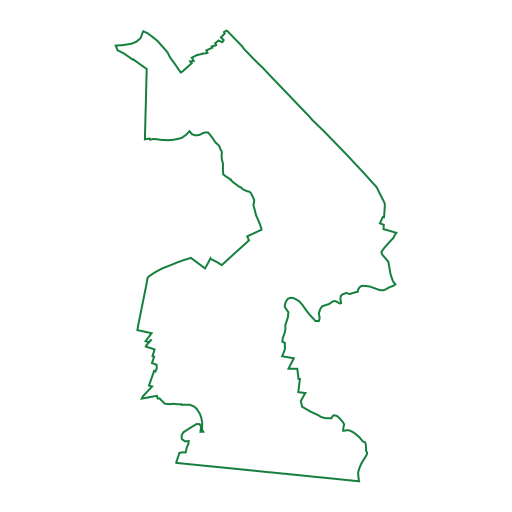 Tuxtilla, Veracruz, Mexico
{"feature_id": "50627088B40766797013882", "entity_name": "Tuxtilla", "entity_type": "district", "adm_level": 2, "iso_a3": "MEX", "parent_name": "Mexico", "parent_adm1": "Veracruz", "projection": "orthographic", "projection_center": [-95.881, 18.191], "detail": "fine", "context": "isolated", "style": "outline", "palette": "green", "viewbox_px": 512, "rotation_deg": 0, "n_neighbors": 0, "source": "geoboundaries", "source_scale": "gbopen_adm2", "svg_char_len": 5529}
<svg xmlns="http://www.w3.org/2000/svg" viewBox="0 0 512 512"><path d="M359.1,481.3L358.8,480.0L358.8,479.8L358.7,479.6L358.4,476.7L358.1,472.8L358.5,471.0L359.5,467.8L360.8,464.7L361.1,464.0L362.4,461.8L364.3,458.6L366.0,455.9L367.0,454.0L367.1,452.9L367.1,452.6L366.1,450.9L366.1,448.8L365.8,444.5L365.2,442.4L362.8,441.4L361.6,440.0L359.5,437.4L356.0,434.3L353.1,432.2L349.4,430.4L347.5,430.2L344.8,430.6L343.2,430.8L343.1,429.8L343.6,426.5L344.2,424.4L343.6,423.4L342.6,421.8L340.0,418.7L338.8,417.6L338.2,417.0L337.2,416.1L334.8,415.4L334.2,415.2L332.6,416.1L332.5,416.3L331.4,418.3L327.7,418.2L327.4,418.2L325.4,418.2L321.3,417.1L317.7,414.9L310.6,411.7L302.1,406.7L300.8,401.0L305.3,393.0L298.3,392.2L299.9,379.0L298.5,378.9L298.5,378.6L297.3,368.8L288.5,368.7L293.8,358.3L293.4,358.2L282.2,356.3L284.9,349.2L284.9,342.9L282.3,341.6L282.9,337.8L285.0,331.7L285.5,328.6L285.2,325.8L285.7,324.0L287.9,317.4L288.4,312.3L284.9,307.1L284.8,306.8L284.9,304.7L285.7,302.1L287.5,299.1L290.2,297.8L293.2,298.0L296.1,299.4L299.5,301.5L302.8,305.4L306.1,310.3L307.1,311.5L309.4,314.4L311.1,316.3L315.5,321.0L318.4,321.1L318.8,321.1L319.7,318.2L318.8,313.1L320.6,308.3L322.2,306.3L324.8,305.4L329.1,304.0L330.7,302.9L333.0,301.3L333.7,301.2L335.0,301.2L335.7,301.2L337.5,302.2L339.9,303.5L341.1,303.0L340.4,299.0L340.7,296.8L341.1,295.5L342.9,294.2L344.7,293.6L346.0,292.9L350.0,294.1L353.0,292.9L357.7,291.8L358.2,289.4L359.9,287.0L361.3,286.1L363.2,285.8L369.3,286.4L374.5,288.2L379.8,290.1L383.6,290.3L386.3,289.0L388.4,287.8L390.9,286.7L393.2,285.9L395.4,284.4L392.9,281.1L390.6,274.6L388.3,261.6L382.4,254.8L381.8,253.7L381.5,252.5L381.6,251.6L384.2,248.0L385.4,246.6L388.1,243.6L391.3,240.0L392.0,239.4L393.2,238.2L395.1,234.5L396.3,232.8L392.7,231.8L389.5,230.8L383.5,229.1L383.8,224.9L383.5,224.8L383.2,224.6L380.7,223.6L379.9,223.3L380.7,221.6L381.4,220.1L382.1,218.6L382.8,217.1L384.0,217.3L384.6,209.9L384.8,205.2L384.8,204.0L384.4,202.8L384.2,202.3L383.2,200.2L382.1,198.1L381.9,197.7L381.5,196.9L378.1,190.2L377.3,188.5L376.6,187.2L375.3,185.6L374.9,185.3L374.8,185.2L374.7,185.1L363.9,173.1L346.4,154.4L324.7,132.0L312.6,120.3L309.3,116.5L269.4,74.9L262.0,67.0L259.0,64.3L252.5,57.8L247.8,52.9L243.3,48.2L242.6,46.8L227.4,31.1L226.3,30.7L224.0,32.1L224.7,33.6L220.9,37.4L223.3,39.6L223.7,40.1L223.4,40.7L222.3,42.2L221.0,41.6L219.5,41.0L218.7,40.5L215.4,43.0L215.2,43.3L216.1,44.7L216.1,45.2L211.7,46.5L212.3,47.7L206.3,50.4L207.1,52.1L207.5,52.9L207.2,53.0L205.0,53.4L202.4,53.7L201.8,53.8L201.8,54.0L197.8,54.9L197.4,55.1L197.2,54.9L192.8,57.2L191.8,57.7L193.6,60.6L193.7,61.1L192.2,61.2L191.9,61.3L190.9,61.4L190.1,61.4L190.2,61.6L191.0,62.4L191.7,63.2L189.6,65.1L182.7,71.3L180.7,72.5L175.3,64.6L170.0,57.3L168.3,53.9L167.3,52.1L162.6,46.7L161.7,45.7L160.7,44.6L158.9,42.5L157.8,41.2L156.2,39.9L152.9,37.2L147.7,33.3L143.3,31.3L142.7,32.4L140.6,38.1L136.4,41.7L131.9,43.6L126.9,44.5L122.1,45.2L115.7,45.6L117.6,50.3L118.2,50.5L118.9,50.9L121.6,52.3L123.5,53.2L132.9,59.7L133.2,59.4L133.3,59.4L133.3,59.5L133.5,59.6L146.7,69.0L146.3,84.5L145.8,105.1L145.6,111.4L144.9,139.3L147.1,139.0L149.5,138.5L149.6,139.4L150.2,139.7L151.8,139.3L152.9,139.0L154.5,139.1L156.2,139.1L160.3,139.8L161.6,139.9L165.6,140.1L166.9,140.2L167.8,140.2L171.3,140.0L172.6,139.9L178.1,138.9L180.1,138.3L182.0,137.7L186.2,134.7L189.5,131.2L189.9,131.7L192.1,134.3L195.7,135.4L199.2,135.0L200.1,134.6L202.9,133.1L205.5,132.4L206.0,132.4L208.2,132.6L210.8,135.8L212.0,137.3L213.2,138.9L215.2,142.2L216.4,143.2L219.1,145.8L219.6,146.9L220.1,148.4L221.4,151.0L221.9,152.1L221.6,155.4L221.8,158.8L222.0,160.0L223.0,163.9L222.9,168.8L223.0,170.4L223.2,174.3L225.5,176.2L229.5,178.7L230.4,179.8L230.7,179.8L230.8,179.7L230.9,179.9L232.5,181.7L234.2,183.1L235.7,184.1L237.0,185.0L238.6,186.4L239.5,186.8L240.7,187.3L242.9,189.3L246.3,190.9L247.3,191.3L249.0,191.6L250.2,192.3L251.0,193.3L251.8,194.8L254.1,199.8L254.2,200.9L253.4,205.1L253.7,206.4L254.8,210.1L256.1,215.5L256.3,215.7L258.7,221.4L259.9,224.0L260.2,224.8L261.2,228.2L261.5,229.7L247.2,236.4L249.0,240.4L248.8,240.5L246.2,242.9L243.7,245.2L235.2,252.8L221.8,265.1L218.3,263.0L218.1,262.7L210.5,258.8L210.4,258.5L207.4,264.2L205.0,268.4L204.9,268.3L202.2,266.3L192.1,258.8L190.8,257.8L189.1,258.5L184.3,259.9L177.0,262.5L171.8,264.7L162.5,268.3L158.9,270.2L154.7,272.5L148.9,276.4L147.9,277.5L147.6,277.9L146.4,284.6L138.0,326.3L138.0,326.7L137.9,327.1L137.4,330.1L151.6,333.2L145.6,341.2L148.7,342.3L150.8,340.0L151.0,340.1L146.1,345.7L145.8,346.6L154.6,349.4L152.5,356.2L154.1,356.7L152.0,363.1L156.6,364.7L156.7,368.5L155.4,371.5L154.1,370.9L149.0,385.5L152.1,386.5L145.9,393.1L142.8,396.4L141.8,398.6L156.9,395.8L157.7,398.5L159.5,398.4L161.8,400.7L164.8,403.7L169.2,404.1L169.5,404.2L173.7,403.8L178.0,404.3L181.3,404.2L181.5,404.8L184.8,404.7L189.7,404.8L193.6,406.2L196.6,408.7L199.8,413.7L201.2,417.5L202.2,422.5L202.0,429.5L203.3,431.7L200.5,431.8L201.1,426.9L199.7,424.2L196.6,424.0L189.2,428.5L183.1,432.5L181.8,435.2L181.7,435.4L181.6,435.7L181.8,438.9L181.8,439.0L184.9,441.3L188.7,441.1L188.5,442.6L188.4,444.0L186.8,447.4L185.8,451.7L185.6,452.5L182.6,452.3L179.4,452.9L178.9,454.5L176.3,462.2L176.3,462.9L195.3,464.8L204.0,465.7L226.5,467.9L243.4,469.6L254.3,470.7L256.1,470.9L256.6,471.0L257.1,471.0L269.6,472.3L270.3,472.3L279.1,473.2L283.8,473.7L284.4,473.7L292.9,474.6L293.2,474.6L297.2,475.0L303.1,475.6L308.9,476.2L311.0,476.4L311.5,476.5L312.5,476.6L324.0,477.7L328.7,478.2L335.9,478.9L337.6,479.1L359.1,481.3Z" fill="none" stroke="#15803d" stroke-width="2"/></svg>